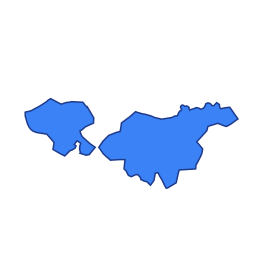 Emuoha, Rivers, Nigeria (orthographic projection), rotated 286°
{"feature_id": "59680162B36304665045822", "entity_name": "Emuoha", "entity_type": "district", "adm_level": 2, "iso_a3": "NGA", "parent_name": "Nigeria", "parent_adm1": "Rivers", "projection": "orthographic", "projection_center": [6.794, 5.034], "detail": "fine", "context": "isolated", "style": "filled", "palette": "blue", "viewbox_px": 256, "rotation_deg": 286, "n_neighbors": 0, "source": "geoboundaries", "source_scale": "gbopen_adm2", "svg_char_len": 2273}
<svg xmlns="http://www.w3.org/2000/svg" viewBox="0 0 256 256"><g transform="rotate(286 128 128)"><path d="M175.9,220.2L175.8,219.5L174.9,217.4L173.1,213.7L172.2,212.1L172.7,210.8L174.0,210.0L175.8,209.4L176.8,206.2L173.2,204.4L172.7,202.6L173.9,200.8L174.3,199.0L174.1,197.8L172.8,196.1L170.1,195.9L168.4,195.4L166.3,193.4L166.3,191.4L166.7,190.4L166.3,187.7L164.8,186.1L162.7,182.7L162.2,182.4L163.4,181.3L164.6,181.0L165.3,179.3L165.3,178.0L164.4,176.8L164.9,175.5L165.0,175.4L165.1,174.2L164.6,173.2L163.4,172.8L162.3,172.8L160.7,174.3L159.8,174.3L159.0,173.8L158.6,173.1L156.9,172.6L156.0,172.4L153.5,172.1L153.0,171.1L152.4,169.7L150.2,167.3L148.7,164.2L146.8,160.1L145.7,157.7L145.7,155.9L145.6,154.5L145.4,150.6L145.9,147.4L145.8,146.8L146.0,146.2L145.9,140.7L145.6,137.9L145.6,134.2L145.6,132.4L145.8,130.8L139.3,126.6L131.0,120.3L128.1,120.8L122.5,121.4L120.5,117.9L115.6,111.5L108.3,107.5L101.4,105.3L96.2,111.6L96.0,112.3L94.5,115.0L93.3,117.8L92.2,119.9L92.8,121.6L93.9,124.7L95.2,128.3L96.8,133.8L87.5,135.5L86.4,137.8L82.6,141.4L82.3,142.8L82.1,144.7L85.0,147.9L85.9,150.4L83.6,153.7L81.9,154.7L82.0,155.0L81.4,158.2L81.6,160.8L79.2,165.4L82.5,166.6L84.7,167.4L92.1,166.7L93.3,169.2L90.0,172.2L87.8,174.6L86.4,175.9L84.3,177.8L83.6,178.3L80.7,181.2L81.2,182.5L88.6,189.4L98.6,188.8L101.8,188.8L107.3,204.3L110.9,203.6L120.0,205.5L123.1,205.9L123.3,206.0L124.8,205.9L127.3,205.7L128.6,205.4L133.7,197.9L147.0,204.5L151.6,204.4L154.3,208.5L157.2,212.9L156.5,221.7L156.8,222.4L158.4,224.1L160.3,225.9L166.3,230.6L167.0,231.2L175.9,220.2ZM100.4,101.8L102.5,95.7L106.9,86.7L108.5,84.9L111.9,82.6L113.6,84.3L115.5,85.5L117.5,86.8L123.2,93.5L128.3,92.3L137.0,83.1L136.6,83.0L138.0,80.7L140.3,77.5L137.6,65.9L136.9,65.2L135.7,62.1L134.3,59.9L132.9,57.8L132.5,57.1L134.9,45.5L133.0,43.8L130.2,41.9L126.8,38.9L126.3,38.5L123.8,36.2L120.7,32.9L119.3,31.6L118.2,30.4L116.3,27.5L115.6,25.9L114.8,24.8L111.0,26.0L104.3,30.2L101.3,33.0L99.7,35.3L99.1,36.8L98.7,38.2L98.5,41.6L98.6,42.4L99.7,51.7L97.1,55.7L93.7,60.9L86.7,61.8L84.8,69.2L83.7,74.9L90.2,78.5L91.2,80.1L94.1,82.7L96.5,83.0L97.3,80.9L101.6,82.5L100.4,86.7L97.1,86.7L96.6,86.9L94.0,87.4L91.5,89.0L90.5,88.7L90.3,95.4L91.2,96.9L91.8,98.1L100.4,101.8Z" fill="#3b82f6" stroke="#1e3a8a" stroke-width="1.5"/></g></svg>